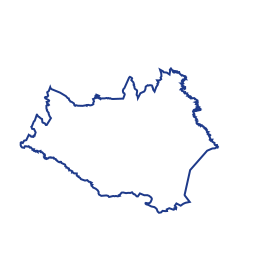 Mocache, Los Rios, Ecuador (Equal Earth projection), rotated 116°
{"feature_id": "8360857B55649152040637", "entity_name": "Mocache", "entity_type": "district", "adm_level": 2, "iso_a3": "ECU", "parent_name": "Ecuador", "parent_adm1": "Los Rios", "projection": "equal_earth", "projection_center": [-79.602, -1.198], "detail": "fine", "context": "isolated", "style": "outline", "palette": "blue", "viewbox_px": 256, "rotation_deg": 116, "n_neighbors": 0, "source": "geoboundaries", "source_scale": "gbopen_adm2", "svg_char_len": 5759}
<svg xmlns="http://www.w3.org/2000/svg" viewBox="0 0 256 256"><g transform="rotate(116 128 128)"><path d="M55.7,115.5L57.3,115.9L58.8,115.0L61.7,114.1L61.2,117.4L62.3,120.5L61.7,121.3L61.5,124.8L64.3,122.1L66.9,120.6L68.4,120.8L69.5,119.6L71.5,120.6L72.4,122.7L73.9,120.5L75.4,121.0L76.0,120.2L78.7,120.6L83.6,120.1L82.5,122.2L81.1,123.1L80.9,123.7L79.8,124.4L79.3,125.3L79.9,127.1L80.9,128.3L80.9,129.0L83.0,130.2L85.9,129.3L88.0,129.4L91.3,132.1L96.8,132.2L95.3,133.2L94.4,134.8L90.7,136.0L90.1,136.7L89.8,138.8L89.0,139.9L88.1,140.2L86.9,141.8L86.4,141.5L84.6,143.2L83.5,146.0L81.7,146.0L81.3,146.6L81.2,148.7L82.2,149.1L93.6,148.7L95.3,149.2L96.9,148.9L98.3,147.8L98.5,146.4L99.4,145.6L103.7,145.2L108.6,154.4L109.1,155.8L109.1,157.2L109.7,157.7L109.7,158.8L110.3,159.2L110.3,160.2L111.7,162.1L112.7,164.2L113.6,165.4L114.1,165.4L114.0,166.2L113.3,165.7L113.3,166.7L113.6,166.9L113.2,167.2L114.1,168.1L114.2,169.0L113.1,168.4L113.0,169.5L111.8,168.7L111.9,170.5L112.3,170.2L112.3,171.0L113.2,171.4L115.1,170.3L115.3,171.0L116.1,170.9L117.3,172.1L119.0,170.2L120.5,170.3L121.8,169.6L123.3,170.6L124.3,172.0L124.5,173.5L125.4,175.1L126.1,174.9L126.1,175.9L128.0,178.5L130.0,183.0L130.3,184.7L131.2,185.2L131.1,186.1L129.6,187.4L129.2,190.2L129.5,191.4L128.8,192.3L128.6,193.2L127.4,194.2L127.6,195.3L126.6,197.7L126.0,204.5L126.6,213.8L126.1,215.1L125.4,215.8L129.5,215.4L131.3,216.3L134.0,213.9L135.3,214.2L136.4,215.9L137.0,216.0L137.6,215.2L137.7,211.5L138.0,210.9L139.0,210.9L140.2,212.5L141.5,211.3L141.5,209.9L141.9,209.2L142.5,209.5L142.8,210.8L143.8,211.1L146.5,209.7L147.2,208.6L147.9,208.5L149.2,205.9L150.0,205.6L151.9,203.5L152.9,201.6L160.9,202.4L161.3,203.1L160.3,204.8L160.5,207.1L160.2,207.6L157.6,209.2L157.6,210.9L157.0,212.6L157.1,213.6L155.9,215.6L156.0,215.8L162.4,215.0L163.3,215.5L168.8,215.1L169.3,215.4L170.8,213.7L170.1,212.1L172.4,209.1L175.9,208.6L175.9,209.2L176.4,209.6L177.5,209.2L178.1,210.8L178.2,211.5L177.6,212.3L177.9,212.9L177.6,214.2L183.5,214.1L184.9,215.8L187.2,216.0L187.4,217.0L187.8,216.6L188.0,217.4L188.4,217.9L190.4,217.0L191.4,216.0L191.9,214.6L191.3,212.6L189.7,212.7L189.1,211.7L188.9,210.4L188.2,209.6L188.5,208.2L188.2,208.3L188.4,207.6L188.0,206.9L189.0,204.5L189.4,204.3L188.7,203.4L189.5,203.4L189.9,202.2L189.7,201.7L189.2,202.1L189.6,200.6L189.0,200.5L189.1,199.6L188.6,200.2L188.3,199.9L188.2,197.9L186.9,196.5L187.9,195.7L187.4,194.5L188.0,193.0L188.2,191.6L188.9,191.7L188.9,190.7L189.5,190.4L190.9,190.9L191.8,189.6L191.7,188.3L190.9,188.5L190.7,187.6L191.0,187.1L190.0,186.2L189.1,186.0L188.2,184.6L188.5,184.3L188.1,183.3L187.2,182.0L187.3,181.0L187.6,181.7L188.0,181.3L187.6,179.3L188.3,178.6L188.3,177.4L188.7,177.1L188.9,175.6L188.9,174.7L188.1,174.2L187.8,173.3L188.6,172.6L188.5,168.5L189.3,167.7L189.9,167.6L190.0,166.3L190.5,166.0L190.2,165.7L190.4,165.2L190.3,164.2L190.8,163.6L190.5,163.2L191.9,162.3L191.3,161.5L191.3,159.2L192.5,158.8L192.0,158.2L192.4,156.5L191.3,154.1L193.2,153.2L193.4,152.2L193.1,151.2L193.8,150.9L193.8,149.3L194.6,147.9L194.1,143.6L192.7,141.7L193.5,139.7L193.1,138.8L193.1,137.0L193.8,137.4L194.4,136.7L194.6,135.5L195.2,136.0L195.9,135.5L196.1,134.5L196.8,133.3L196.7,130.5L197.3,127.9L198.4,126.3L199.6,125.9L200.5,124.9L200.7,122.3L198.1,117.9L197.7,116.1L198.3,114.8L195.6,111.5L195.2,110.1L194.4,109.1L193.9,107.2L192.6,105.7L192.2,106.6L191.4,106.0L188.9,105.4L188.1,104.1L187.4,101.2L186.2,99.4L185.3,97.3L184.0,96.2L185.0,94.0L184.6,93.1L185.6,90.2L185.2,89.2L181.6,88.6L181.3,83.9L179.9,81.2L179.7,79.3L180.3,76.6L181.1,75.6L182.0,75.3L184.5,75.2L186.0,75.7L187.0,77.1L187.5,79.1L187.9,79.3L188.4,78.9L188.6,78.1L188.2,76.0L188.3,72.7L187.5,69.5L188.1,66.9L190.1,64.7L190.6,63.0L189.4,61.3L187.3,60.6L186.4,58.1L185.5,56.5L184.2,57.5L182.0,55.7L181.5,51.3L181.1,50.9L179.8,51.1L179.8,49.3L178.2,49.8L177.4,51.8L174.6,51.4L174.7,46.6L171.9,45.1L170.0,43.5L167.4,40.1L163.8,47.3L163.3,47.8L138.6,53.7L113.7,46.9L109.4,43.2L108.2,41.0L106.8,40.1L106.1,38.1L106.3,39.3L105.5,38.9L105.2,39.4L105.3,40.0L104.3,40.6L104.6,41.1L105.2,41.0L105.1,42.5L104.5,43.3L103.5,43.7L103.4,46.1L102.9,46.9L101.5,47.1L101.9,47.8L103.1,48.2L102.9,48.7L102.4,48.8L102.5,49.4L101.3,49.5L99.2,52.2L99.0,51.9L99.1,51.0L98.4,50.9L98.1,51.9L98.5,52.4L98.5,53.7L97.8,53.8L97.3,54.8L96.4,54.2L96.5,55.2L95.9,56.4L95.2,56.3L95.0,57.7L94.7,57.2L94.3,57.4L94.0,59.9L93.5,61.0L93.9,61.5L93.6,62.7L93.3,62.8L93.7,63.6L94.3,63.7L94.0,64.1L93.3,63.9L93.2,64.9L94.2,65.4L93.4,66.2L93.7,67.0L94.1,66.7L94.0,67.7L93.4,67.9L93.5,68.5L92.3,69.2L91.5,68.8L91.5,69.7L91.1,69.8L91.0,70.4L90.0,69.9L89.0,72.3L88.7,72.2L88.9,72.8L88.4,73.1L88.9,73.6L88.5,74.3L87.8,74.7L87.1,74.4L87.0,75.2L86.0,74.9L84.6,76.8L83.6,76.8L83.4,75.1L83.0,74.5L82.2,75.2L82.0,75.9L81.3,75.2L80.6,75.2L80.9,73.7L81.9,73.2L80.3,71.1L79.8,71.8L79.2,71.3L78.9,72.9L78.2,73.0L78.9,74.3L78.8,75.2L77.7,74.4L77.1,75.5L76.9,77.4L76.0,77.2L75.8,76.6L75.1,77.7L75.2,78.7L74.4,77.9L74.2,76.7L72.8,77.6L72.6,79.5L72.8,80.3L72.3,80.6L72.1,81.6L73.9,84.5L73.5,86.0L72.7,86.2L72.3,85.4L72.2,85.6L72.2,86.4L73.3,87.3L72.6,88.2L72.9,88.8L71.9,88.7L71.6,90.0L71.0,90.1L71.9,91.9L70.8,92.4L71.5,93.1L70.7,94.0L71.0,95.8L70.5,96.4L69.6,96.4L70.1,97.5L69.5,97.4L68.9,96.7L68.1,94.8L68.2,94.3L67.6,93.9L66.2,94.6L67.1,96.3L66.9,97.0L66.5,96.3L66.0,96.5L66.2,97.8L65.4,97.9L65.3,98.9L65.0,99.4L64.7,99.1L64.6,99.8L63.6,98.1L62.4,100.0L61.8,99.6L61.8,98.8L60.8,98.6L60.9,100.0L60.3,99.8L60.6,99.0L60.1,98.3L59.0,98.5L58.7,97.5L58.2,98.5L57.3,97.8L56.9,98.0L56.8,98.6L57.2,98.6L57.2,99.0L56.4,99.3L56.8,100.9L56.7,102.2L57.3,102.6L56.4,105.6L55.3,106.5L56.0,107.5L55.5,108.5L55.9,109.8L56.8,108.6L57.1,110.1L56.8,111.5L58.0,111.2L58.0,111.8L57.5,112.6L56.7,113.0L56.8,113.4L55.7,115.5Z" fill="none" stroke="#1e3a8a" stroke-width="2"/></g></svg>